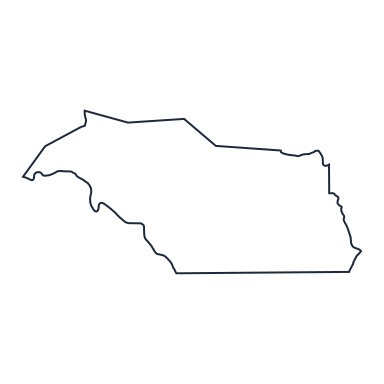 Rouarne, Micoud, Saint Lucia
{"feature_id": "8701671B67257471082353", "entity_name": "Rouarne", "entity_type": "district", "adm_level": 2, "iso_a3": "LCA", "parent_name": "Saint Lucia", "parent_adm1": "Micoud", "projection": "albers", "projection_center": [-60.915, 13.778], "detail": "fine", "context": "isolated", "style": "outline", "palette": "slate", "viewbox_px": 384, "rotation_deg": 0, "n_neighbors": 0, "source": "geoboundaries", "source_scale": "gbopen_adm2", "svg_char_len": 5793}
<svg xmlns="http://www.w3.org/2000/svg" viewBox="0 0 384 384"><path d="M23.0,176.8L24.0,177.1L24.9,177.3L25.6,177.5L26.2,177.7L27.0,178.1L27.7,178.4L28.6,178.8L29.4,179.2L30.2,179.6L31.0,180.0L31.5,180.1L31.9,180.1L32.7,180.0L33.3,179.6L33.6,179.1L33.8,178.5L33.9,177.8L34.1,176.8L34.1,176.2L34.2,175.6L34.2,175.0L34.4,174.5L34.6,174.0L35.2,173.5L35.8,172.9L36.4,172.5L36.7,172.3L37.1,172.2L37.9,172.2L38.5,172.2L39.1,172.1L40.0,172.4L40.5,172.6L41.2,173.1L41.4,173.3L41.9,174.0L42.4,174.6L43.0,175.3L43.7,175.6L44.6,175.7L45.2,175.7L46.2,175.6L47.1,175.5L47.8,175.4L48.8,175.3L49.7,175.0L50.7,174.7L51.6,174.3L52.4,174.0L54.2,173.1L55.4,172.5L56.4,171.9L57.1,171.5L58.0,171.2L60.0,171.0L61.2,171.0L62.8,171.2L64.0,171.3L65.2,171.4L66.6,171.3L67.6,171.4L69.0,171.4L70.7,171.5L71.3,171.6L72.0,172.0L72.4,172.3L73.2,172.8L74.0,173.1L74.6,173.3L75.5,174.0L76.0,174.9L76.5,175.6L76.9,176.1L77.4,176.6L78.0,177.0L78.9,177.5L80.4,178.3L83.5,180.0L84.4,180.7L85.4,181.5L86.3,182.1L87.4,182.8L87.8,183.1L88.2,183.5L88.6,184.2L89.1,184.7L89.4,185.2L90.1,186.3L90.1,186.8L90.2,187.1L90.6,187.6L90.9,188.2L91.0,188.6L91.1,189.0L91.2,189.6L91.2,190.3L91.2,191.5L91.2,192.6L91.0,193.4L90.9,194.0L90.8,194.5L90.7,195.1L90.3,196.2L90.3,196.7L90.2,197.1L90.2,197.4L90.3,198.0L90.2,198.6L90.1,198.9L90.0,199.4L90.1,199.9L90.2,200.3L90.2,201.6L90.2,202.1L90.3,202.7L90.7,204.1L90.9,204.6L91.1,205.2L91.2,205.6L91.6,206.4L91.7,206.7L92.1,207.2L92.6,208.1L92.9,208.5L93.4,209.4L93.8,209.9L94.2,210.5L94.6,210.8L95.3,211.2L95.6,211.4L96.2,211.5L96.7,211.4L97.1,211.2L97.6,210.7L98.0,210.0L98.3,209.4L98.4,208.6L98.6,207.7L98.7,207.0L98.7,206.4L98.8,205.4L99.0,204.8L99.3,204.1L99.7,203.6L100.1,203.3L100.7,203.0L101.4,202.8L101.9,202.8L102.6,203.0L103.3,203.4L104.1,203.8L105.2,204.5L106.2,205.3L107.3,206.1L108.2,206.7L109.2,207.6L111.1,209.1L112.9,210.7L113.6,211.3L114.5,212.1L115.1,212.6L115.8,213.3L116.5,214.2L117.3,214.9L118.2,215.8L118.9,216.6L119.4,217.1L121.6,218.9L122.1,219.4L122.8,220.1L123.7,220.8L125.2,222.0L126.0,222.4L127.2,222.8L128.0,223.0L129.3,223.2L132.6,223.2L136.6,223.3L139.1,223.3L140.6,223.3L141.7,223.8L142.2,224.1L142.9,224.6L143.4,225.0L143.7,225.7L143.9,226.4L144.1,227.3L144.0,228.1L144.0,229.2L144.1,230.4L144.1,231.9L144.2,233.3L144.3,234.9L144.4,235.8L144.6,236.7L144.8,237.4L145.2,238.3L145.6,239.1L146.2,239.8L147.0,240.6L147.9,241.6L148.7,242.5L149.4,243.5L150.1,244.3L150.9,245.2L151.9,246.7L152.9,248.5L153.5,249.5L154.1,250.5L154.5,251.1L155.4,252.4L156.2,253.3L156.7,253.7L157.1,253.9L157.7,254.1L159.3,254.4L161.0,254.8L162.4,255.1L163.4,255.4L164.4,255.9L165.2,256.5L166.1,257.2L166.9,258.0L167.5,258.7L168.2,259.4L169.0,260.2L169.7,261.0L170.4,261.8L171.1,262.8L171.8,263.9L172.1,264.6L172.4,265.4L172.7,266.3L173.0,267.3L173.3,267.9L174.0,268.7L174.5,269.6L174.8,270.3L175.1,271.2L175.5,271.8L175.9,272.4L176.4,273.3L349.1,271.9L349.8,270.1L353.0,264.1L353.6,261.8L356.6,256.0L358.5,254.2L360.8,251.5L361.0,251.3L360.7,251.0L360.6,250.7L360.4,250.3L360.1,250.1L359.8,249.9L359.5,249.7L359.4,249.6L359.1,249.4L358.6,249.2L358.3,249.1L358.0,249.0L357.6,248.8L357.2,248.7L356.9,248.6L355.8,248.2L355.4,248.0L354.8,247.7L354.4,247.6L353.6,247.2L353.3,247.0L353.1,246.7L352.8,246.4L352.5,246.1L352.3,245.8L352.1,245.4L351.9,245.0L351.7,244.7L351.5,244.2L351.4,244.0L351.3,243.7L351.2,243.3L351.1,242.9L351.1,242.4L351.0,242.1L351.0,241.6L350.9,240.5L350.8,240.1L350.8,239.3L350.8,238.9L350.7,238.5L350.7,238.1L350.6,237.7L350.6,237.3L350.5,236.8L350.4,236.5L350.2,236.2L350.1,235.8L350.0,235.4L349.9,235.0L349.7,234.4L349.5,233.8L349.4,233.3L349.1,232.6L348.7,231.5L348.6,231.2L348.5,230.8L348.4,230.4L348.3,230.0L348.1,229.6L348.0,229.3L347.7,228.5L347.6,228.1L347.2,227.3L347.1,226.9L346.9,226.5L346.6,225.7L346.4,225.3L345.8,224.3L345.5,223.9L345.4,223.5L345.1,223.2L345.0,222.8L344.8,222.4L344.6,222.0L344.4,221.7L344.2,221.3L344.1,220.9L344.0,220.6L343.8,220.2L343.8,219.8L343.7,219.4L343.7,219.0L343.8,218.6L343.9,218.2L344.0,217.9L344.2,217.5L344.2,217.1L344.2,216.7L344.1,216.2L343.9,215.8L343.6,215.2L343.4,214.8L342.9,214.2L342.7,213.9L342.5,213.5L342.3,213.2L342.1,212.8L341.9,212.4L341.8,212.0L341.7,211.7L341.5,211.3L341.4,210.9L341.3,210.4L341.3,210.1L341.2,209.3L341.2,208.9L341.2,208.5L341.4,208.2L341.5,207.9L341.6,207.5L341.6,207.0L341.4,206.6L341.3,206.4L340.9,206.3L340.2,206.0L339.9,205.8L339.6,205.6L339.3,205.3L339.0,205.0L338.8,204.7L338.5,204.5L338.1,204.1L337.9,203.8L337.8,203.6L337.7,203.4L337.6,203.1L337.5,202.8L337.5,202.4L337.5,202.0L337.6,201.6L337.7,201.2L337.7,200.8L337.8,200.4L337.9,200.2L338.0,199.8L338.2,199.4L338.3,199.0L338.4,198.8L338.4,198.6L338.3,198.2L338.3,197.9L338.3,197.5L338.2,197.1L337.6,196.7L337.3,196.5L337.0,196.3L336.6,196.0L336.3,195.8L335.9,195.6L335.6,195.4L335.3,195.2L335.1,194.9L334.8,194.6L334.6,194.2L334.4,193.9L334.1,193.7L333.8,193.5L333.0,193.2L332.7,193.2L332.3,193.2L331.9,193.2L331.5,193.2L330.8,193.3L330.4,193.3L330.0,193.3L329.6,193.2L329.2,193.2L329.0,164.7L328.7,164.9L328.0,165.2L327.7,165.3L327.1,165.6L326.8,165.7L326.4,165.7L325.9,165.8L325.7,165.8L325.3,165.8L325.2,165.8L324.9,165.7L324.7,165.7L324.4,165.5L324.1,165.4L323.8,165.2L323.7,165.1L323.3,164.6L323.2,164.5L323.1,164.3L323.1,164.2L322.9,163.5L322.9,163.3L322.9,163.1L322.9,162.8L322.9,162.7L322.7,158.1L322.7,157.9L322.5,157.4L322.4,157.1L321.7,155.5L321.4,155.0L321.3,154.9L321.2,154.7L321.0,154.3L320.9,154.0L320.8,153.8L320.7,153.7L320.5,153.4L318.7,151.1L318.4,150.9L318.2,150.7L315.2,150.9L314.1,152.0L311.1,153.1L309.2,154.0L305.1,154.2L302.9,154.5L298.2,156.2L295.2,155.6L291.4,155.1L288.8,154.9L283.7,153.6L281.1,152.3L280.7,150.5L215.8,145.9L184.1,118.9L128.0,122.6L84.7,110.7L84.7,113.9L85.0,116.0L86.0,119.8L86.0,121.5L84.7,125.9L81.3,126.8L45.2,146.2L23.0,176.8Z" fill="none" stroke="#1e293b" stroke-width="2"/></svg>